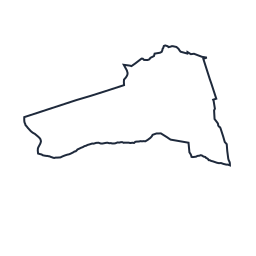 Paranavaí, Paraná, Brazil, rotated 252°
{"feature_id": "56859067B4157250123449", "entity_name": "Paranavaí", "entity_type": "district", "adm_level": 2, "iso_a3": "BRA", "parent_name": "Brazil", "parent_adm1": "Paraná", "projection": "mercator", "projection_center": [-52.54, -22.874], "detail": "fine", "context": "isolated", "style": "outline", "palette": "slate", "viewbox_px": 256, "rotation_deg": 252, "n_neighbors": 0, "source": "geoboundaries", "source_scale": "gbopen_adm2", "svg_char_len": 2496}
<svg xmlns="http://www.w3.org/2000/svg" viewBox="0 0 256 256"><g transform="rotate(252 128 128)"><path d="M131.5,34.6L130.6,35.9L129.5,37.7L128.5,38.4L127.5,40.1L126.7,41.7L126.3,42.8L125.7,43.7L125.3,44.6L124.3,45.7L123.6,46.7L122.8,47.7L122.3,48.6L122.2,50.0L121.7,51.6L120.9,54.7L121.2,56.6L121.3,57.8L121.4,59.6L121.4,62.0L121.2,63.7L121.3,65.3L121.6,67.3L121.8,68.6L122.2,69.8L122.0,71.0L122.5,72.2L123.2,73.3L123.4,75.2L123.7,77.1L123.8,79.2L124.2,80.9L124.1,82.9L124.4,84.2L124.3,86.3L124.3,89.1L123.8,90.2L123.7,91.4L123.7,93.1L123.1,95.4L121.6,97.4L121.1,99.0L120.7,102.3L120.4,103.8L119.3,105.5L118.9,107.1L118.2,108.1L117.4,110.7L117.4,111.9L117.5,113.5L116.8,115.3L116.7,117.0L116.2,118.3L115.2,119.4L115.1,120.4L114.7,121.4L113.8,124.2L113.0,125.5L112.6,127.7L111.9,129.1L112.6,130.7L112.4,132.0L111.8,134.1L111.6,135.9L111.0,137.2L110.7,138.7L110.0,140.4L110.6,143.0L111.7,146.2L112.7,148.0L113.9,149.3L114.0,153.3L112.7,157.6L107.0,162.4L105.4,163.6L103.8,164.9L96.1,179.5L95.3,181.0L85.9,178.9L83.6,179.5L82.2,179.6L80.9,179.5L80.3,180.7L79.7,183.9L80.0,185.4L79.6,187.4L79.7,188.6L79.1,189.7L77.5,191.0L76.5,192.6L75.4,193.0L74.4,194.1L73.5,194.6L72.5,194.8L72.1,195.8L71.0,196.9L70.0,198.5L67.5,201.8L66.5,203.5L65.9,205.7L64.4,207.6L62.8,210.2L62.4,211.4L61.7,212.5L61.0,213.4L63.2,214.0L64.2,214.1L66.6,213.8L68.0,213.9L75.5,215.3L82.1,216.9L84.8,215.7L90.6,215.9L94.2,215.9L95.6,215.9L99.1,215.9L100.1,215.8L101.5,214.8L102.7,214.6L104.1,214.9L105.2,214.7L109.8,213.1L118.1,215.3L119.5,216.6L127.2,217.8L128.6,217.7L128.6,221.0L135.7,221.0L144.1,221.0L149.2,220.9L170.5,221.0L170.6,224.7L172.8,220.4L178.2,213.7L178.8,210.6L181.9,208.0L180.5,207.4L181.2,206.3L184.3,201.6L185.8,201.0L187.5,200.6L188.6,200.0L190.1,199.1L191.9,196.0L192.3,194.9L192.2,193.8L192.4,191.5L193.4,191.1L194.1,190.2L195.0,188.9L194.9,187.4L193.3,186.3L192.5,185.3L191.2,184.6L190.0,183.5L189.7,181.7L190.5,176.3L188.4,174.9L187.8,171.0L186.7,169.5L186.6,167.6L187.8,164.3L189.4,163.4L189.8,162.3L187.1,154.7L185.8,150.4L186.6,149.3L187.2,148.1L189.4,143.5L183.1,144.7L180.4,144.6L178.9,143.9L177.9,143.0L176.7,141.6L175.3,139.2L173.1,138.3L170.0,137.5L170.0,117.1L170.1,102.5L170.5,87.8L170.5,83.0L170.4,34.2L170.4,32.7L168.7,32.1L166.6,31.5L165.0,31.3L164.0,31.5L162.5,31.4L160.4,32.3L159.2,32.7L155.0,34.6L153.0,35.9L151.2,37.6L147.5,39.9L145.8,40.8L144.6,41.2L143.0,41.2L142.0,41.0L140.3,39.8L137.3,36.7L136.4,36.0L134.4,35.2L131.5,34.6Z" fill="none" stroke="#1e293b" stroke-width="2"/></g></svg>